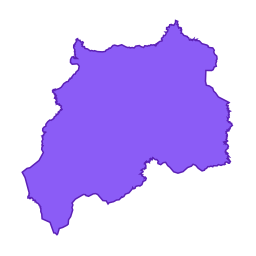 the district of Wanon Niwat, Sakon Nakhon, Thailand, rotated 272°
{"feature_id": "78962969B40575496973623", "entity_name": "Wanon Niwat", "entity_type": "district", "adm_level": 2, "iso_a3": "THA", "parent_name": "Thailand", "parent_adm1": "Sakon Nakhon", "projection": "mercator", "projection_center": [103.753, 17.629], "detail": "fine", "context": "isolated", "style": "filled", "palette": "violet", "viewbox_px": 256, "rotation_deg": 272, "n_neighbors": 0, "source": "geoboundaries", "source_scale": "gbopen_adm2", "svg_char_len": 5803}
<svg xmlns="http://www.w3.org/2000/svg" viewBox="0 0 256 256"><g transform="rotate(272 128 128)"><path d="M214.1,73.0L213.1,73.7L210.5,72.1L210.1,72.3L209.5,71.3L208.3,71.6L208.4,70.9L206.5,70.9L204.1,72.2L202.7,71.8L202.2,72.5L201.2,72.0L199.7,72.8L199.2,72.2L198.8,72.7L196.9,72.7L197.0,73.3L195.7,74.9L195.6,72.1L196.1,71.4L197.4,71.0L196.9,69.4L194.4,68.2L191.6,68.2L189.8,70.0L190.3,74.7L190.0,75.5L188.0,77.1L184.3,76.4L182.1,74.1L180.3,73.5L179.7,71.9L177.0,70.1L176.0,70.0L175.7,68.4L174.9,68.5L174.6,67.6L172.4,66.6L172.0,64.9L170.1,62.3L166.5,60.0L165.0,57.8L163.7,54.4L164.3,54.1L163.9,52.9L163.3,53.1L163.6,52.3L163.0,52.3L163.3,51.7L162.6,51.3L162.3,51.6L162.9,52.1L161.4,51.4L159.5,53.9L159.2,53.3L158.7,53.7L158.1,55.0L157.5,54.4L156.8,54.9L156.9,54.2L156.2,54.5L156.4,54.0L155.3,53.5L154.6,55.6L154.0,55.1L153.4,55.8L152.6,55.4L152.2,55.9L151.5,54.7L150.9,54.9L151.2,55.5L149.4,55.6L150.1,56.5L149.3,57.0L149.6,58.5L149.2,58.7L148.8,58.2L148.2,58.6L148.3,59.5L147.5,60.7L146.4,60.2L144.2,61.4L143.6,60.7L143.9,59.9L143.1,59.8L142.0,58.4L141.2,58.6L141.4,57.8L139.3,57.4L139.2,55.7L138.2,56.1L136.2,53.7L135.0,53.6L133.0,50.9L133.2,49.5L131.4,47.5L128.9,45.8L127.0,45.9L125.9,44.0L124.5,42.9L122.5,42.8L121.1,43.6L121.0,46.6L120.5,44.4L119.5,44.8L118.7,43.8L117.9,43.9L117.0,42.2L116.1,43.2L115.4,42.7L113.9,43.4L111.6,42.4L109.5,43.1L108.0,42.5L107.4,43.7L106.0,42.7L103.6,42.5L100.6,44.3L92.4,40.2L84.9,31.5L84.1,28.5L80.1,23.8L74.8,26.9L59.1,31.7L58.7,31.3L57.0,31.5L57.1,31.1L56.0,30.4L54.6,30.4L54.7,31.9L54.1,32.1L54.1,33.0L55.0,32.8L55.1,34.2L53.3,35.9L52.4,35.7L52.5,37.6L51.2,37.7L51.5,38.3L50.3,38.9L49.5,40.7L47.7,42.4L47.3,42.1L46.1,43.5L45.2,43.0L44.5,43.7L41.3,43.8L39.1,44.8L34.3,45.3L31.0,53.4L20.6,57.5L20.5,59.0L18.9,60.7L19.8,61.4L25.2,62.8L26.3,66.1L28.7,70.4L29.9,71.6L34.2,71.8L37.5,73.8L44.2,75.6L46.5,74.8L49.2,75.6L51.1,74.7L55.1,77.9L60.0,85.7L59.9,87.9L59.0,88.3L58.4,91.0L61.0,95.7L61.3,98.0L60.5,100.0L54.6,105.4L54.4,108.8L51.4,110.7L52.6,111.6L53.9,116.2L55.6,119.0L56.0,121.7L58.8,124.1L58.4,124.4L59.4,126.3L61.8,127.6L63.2,131.2L67.8,134.8L68.5,134.8L67.4,135.9L68.2,137.3L69.2,137.4L70.1,138.3L70.8,141.0L70.4,141.9L71.9,143.9L75.1,144.9L76.3,147.3L78.4,148.0L79.5,146.9L78.6,146.1L79.4,146.1L80.7,143.7L81.6,144.1L81.4,143.4L82.5,143.1L82.5,141.8L84.8,144.6L85.5,144.4L86.3,142.6L87.5,144.1L87.7,145.8L88.6,145.8L88.0,146.1L88.6,146.3L88.1,146.7L88.3,147.2L90.9,147.2L93.0,146.4L92.8,145.7L93.5,145.7L94.2,146.6L94.1,147.4L94.9,147.0L95.5,147.8L94.6,148.5L94.9,149.1L94.2,150.5L95.5,150.3L95.4,151.0L97.5,151.6L97.8,151.0L98.3,151.5L97.4,152.4L98.7,153.3L97.6,153.5L98.9,154.3L97.3,156.4L97.5,157.8L95.6,159.6L94.6,159.0L93.5,159.2L92.5,162.0L94.6,164.5L95.0,166.8L91.8,169.0L90.1,171.3L85.8,175.2L84.6,179.5L86.3,184.5L90.6,189.0L92.1,192.7L94.0,194.3L93.1,196.9L90.2,199.6L87.7,203.5L88.5,205.9L89.5,206.2L90.4,207.9L92.2,209.2L92.1,210.6L92.8,212.2L92.2,214.1L93.3,214.7L93.3,218.4L94.6,219.6L93.9,222.3L94.8,224.2L94.8,225.8L95.3,226.4L95.7,225.9L97.1,226.4L97.5,228.0L96.3,229.6L96.4,230.6L97.1,231.0L97.6,230.5L98.1,231.4L100.4,229.8L99.7,229.4L100.9,228.1L101.5,229.1L102.5,228.5L103.1,229.3L102.9,230.0L105.0,228.2L106.0,228.8L106.8,227.7L106.3,227.0L105.8,227.6L105.6,227.0L107.5,226.7L107.4,225.4L107.8,226.6L109.1,226.3L111.4,228.7L112.1,228.3L112.9,229.0L114.3,228.5L115.4,227.2L115.1,226.5L116.1,226.3L115.9,225.6L116.5,226.1L116.2,225.0L117.3,224.1L118.2,226.6L117.5,226.8L118.5,228.0L120.1,226.4L121.5,227.3L122.4,226.7L123.1,227.4L123.9,226.9L124.2,227.5L125.2,227.3L126.3,226.1L126.8,226.5L127.8,226.2L128.0,227.0L128.6,227.1L128.6,228.2L129.4,227.7L129.1,229.0L129.9,229.2L129.7,229.6L130.5,229.0L130.8,230.0L132.3,230.1L134.3,232.2L135.7,231.2L136.2,231.4L137.0,229.0L137.4,229.7L137.8,229.5L137.7,228.8L138.8,227.0L139.8,227.7L141.4,227.2L141.0,227.7L142.4,228.8L144.4,227.9L144.7,228.7L146.2,228.2L146.7,228.5L147.5,227.7L148.4,229.5L149.4,227.1L150.4,227.9L151.2,227.8L151.0,226.5L153.7,227.3L153.8,225.8L154.3,225.5L156.1,226.4L155.9,227.2L157.0,228.2L162.2,217.2L166.1,214.3L167.7,212.4L170.8,211.2L172.8,207.9L173.5,204.8L177.3,203.8L188.2,203.8L188.4,209.7L189.3,211.1L192.0,212.1L192.8,214.1L195.2,213.4L197.9,214.2L198.7,213.8L200.0,214.6L202.9,214.2L204.8,212.0L207.0,211.0L208.7,211.5L211.0,209.9L211.3,206.3L211.9,205.2L212.6,205.4L213.6,204.1L214.9,198.9L217.5,196.3L218.1,192.9L218.9,193.5L218.7,192.8L217.8,192.6L218.8,190.6L219.3,190.7L217.9,189.4L218.5,189.1L218.1,188.5L218.8,187.8L218.2,187.7L218.0,186.4L220.2,185.5L220.9,184.2L221.5,184.1L222.5,180.5L224.5,178.9L224.6,177.7L226.9,178.1L227.3,177.3L228.1,178.1L229.1,177.2L229.0,177.8L229.8,177.8L230.4,176.2L229.7,175.2L231.9,174.3L233.0,174.4L233.1,173.8L233.4,174.3L234.5,173.6L236.3,174.0L237.1,171.8L234.8,171.7L232.2,170.1L232.6,168.8L232.3,168.3L233.0,167.7L232.6,166.1L230.2,165.7L230.6,165.1L229.7,163.9L229.7,163.1L227.8,163.1L227.7,164.4L226.4,164.4L225.2,163.7L225.1,162.1L224.4,163.0L222.3,162.2L221.6,161.5L221.8,160.3L219.9,159.9L218.9,158.4L217.7,158.4L217.1,159.2L216.2,158.9L215.6,156.7L214.0,154.6L213.5,154.8L213.2,153.4L212.5,153.7L211.2,153.0L212.0,152.5L211.5,151.9L212.1,151.3L211.7,149.1L212.0,148.0L211.0,146.8L211.1,145.5L210.5,144.7L210.8,141.9L209.0,140.8L209.9,137.8L210.8,136.5L210.1,132.9L208.2,131.3L208.6,129.3L208.1,127.3L208.7,126.7L208.4,124.8L209.0,123.0L211.0,118.8L209.6,114.9L210.4,111.7L209.9,110.0L207.1,107.7L207.3,106.4L206.3,105.9L205.0,103.3L203.8,102.7L203.2,99.8L203.3,94.7L204.1,91.9L203.7,91.2L204.2,88.8L203.8,87.5L205.6,84.9L206.0,82.2L207.8,81.6L207.6,80.3L208.1,79.4L208.5,79.8L209.7,78.9L209.9,79.4L210.4,79.0L210.6,79.8L212.0,80.3L212.6,79.4L212.2,78.8L212.5,77.7L213.9,76.9L213.6,76.5L214.6,74.7L215.5,74.5L215.0,73.5L214.3,73.6L214.1,73.0Z" fill="#8b5cf6" stroke="#5b21b6" stroke-width="1.5"/></g></svg>